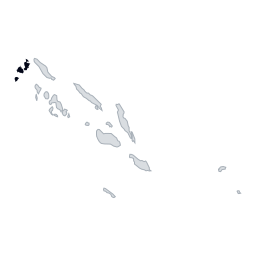 Shortland Islands, Western, Solomon Islands shown in context
{"feature_id": "97153195B13226737525008", "entity_name": "Shortland Islands", "entity_type": "district", "adm_level": 2, "iso_a3": "SLB", "parent_name": "Solomon Islands", "parent_adm1": "Western", "projection": "equal_earth", "projection_center": [155.884, -7.049], "detail": "fine", "context": "in_parent", "style": "filled", "palette": "ink", "viewbox_px": 256, "rotation_deg": 0, "n_neighbors": 0, "source": "geoboundaries", "source_scale": "gbopen_adm2", "svg_char_len": 6838}
<svg xmlns="http://www.w3.org/2000/svg" viewBox="0 0 256 256"><path d="M99.3,129.5L103.6,133.8L105.5,133.4L111.2,133.5L114.6,136.5L116.6,138.0L117.7,140.7L119.1,141.3L119.9,142.7L120.4,145.2L118.3,146.6L117.0,147.0L113.7,146.1L110.5,144.1L104.2,143.9L101.3,143.4L100.3,142.6L99.3,141.6L97.9,139.2L96.7,136.4L96.5,134.8L96.5,131.7L96.8,130.6L98.0,129.4L99.3,129.5ZM119.2,103.9L124.1,111.9L123.9,113.3L123.2,114.2L123.0,116.9L123.6,117.9L125.0,118.4L127.2,121.2L128.2,125.8L129.1,127.4L129.1,130.7L131.3,135.3L131.5,137.5L131.3,138.5L130.4,138.0L127.8,132.7L124.9,130.5L124.5,129.5L121.5,126.4L119.6,121.3L117.4,112.1L118.5,110.0L116.0,105.5L116.2,104.3L117.9,104.5L118.3,104.0L119.2,103.9ZM101.3,107.9L102.0,110.4L99.3,108.2L97.3,105.5L91.5,102.5L90.3,101.0L89.3,100.8L86.3,98.3L83.4,96.7L81.2,93.6L80.1,93.1L78.3,90.7L76.6,89.1L75.9,86.3L74.2,84.3L73.8,83.4L79.3,85.0L81.8,88.1L84.0,89.9L84.8,91.2L86.7,93.0L88.5,93.1L90.2,94.9L91.8,95.4L93.1,96.3L101.2,104.3L100.2,106.4L101.3,107.9ZM138.0,159.2L140.5,160.8L141.9,160.5L144.1,161.6L145.7,161.0L146.7,162.4L149.3,167.8L149.3,169.6L150.9,170.8L149.5,171.0L147.5,170.4L146.0,170.8L144.4,169.8L141.7,169.2L139.4,168.0L134.5,164.0L134.5,162.0L133.7,161.0L133.5,158.5L131.8,157.7L129.7,157.6L129.5,156.4L129.9,154.3L131.5,154.4L133.3,155.2L138.0,159.2ZM54.5,77.7L55.2,78.6L53.6,80.2L51.6,79.3L51.1,78.0L49.7,78.3L46.9,77.5L43.0,73.7L38.9,66.5L34.9,62.5L34.1,61.2L34.0,59.2L34.6,58.4L37.0,59.2L40.2,62.5L45.5,66.0L46.9,67.7L47.8,71.9L48.7,73.1L51.6,76.3L54.5,77.7ZM60.0,102.0L61.2,104.2L62.7,109.1L62.4,110.8L61.4,110.9L61.1,111.9L59.7,109.5L57.9,108.9L56.5,107.5L55.9,102.8L54.9,102.5L51.8,102.9L50.9,104.5L49.5,104.0L49.2,102.6L49.4,101.2L51.2,99.9L51.6,98.1L53.5,95.2L54.6,94.6L56.7,95.7L57.0,100.0L57.8,101.4L60.0,102.0ZM115.3,196.7L113.9,197.6L112.7,197.2L111.7,196.5L110.9,194.4L109.3,193.2L106.9,192.6L105.7,191.3L104.0,190.9L103.5,189.8L103.7,188.7L104.0,188.1L105.5,188.6L112.8,194.0L115.3,196.7ZM38.7,93.5L38.3,93.9L37.6,92.4L37.2,92.0L37.2,90.4L35.2,87.8L35.0,86.0L36.2,84.2L37.7,85.2L39.3,87.4L41.1,88.2L40.7,89.6L39.1,92.3L38.7,93.5ZM48.7,97.8L47.8,98.9L45.7,98.7L44.0,95.9L44.1,93.9L45.4,92.0L46.9,91.7L47.8,92.4L48.6,94.0L48.8,96.0L48.7,97.8ZM66.8,113.8L64.9,115.9L63.4,115.2L62.3,113.4L62.9,110.7L64.0,110.1L64.6,109.1L66.8,109.9L67.3,110.4L66.0,111.8L66.7,112.8L66.8,113.8ZM225.2,169.1L222.0,169.6L220.7,171.6L219.0,171.4L218.5,169.8L218.5,169.0L219.4,169.1L219.9,167.6L220.8,166.9L223.1,166.5L225.8,167.3L225.2,168.7L225.2,169.1ZM134.8,138.9L134.9,142.8L133.4,140.7L132.7,141.4L132.1,140.4L132.3,136.0L131.2,131.7L132.1,132.1L134.8,138.9ZM52.6,114.6L52.6,115.0L51.5,114.3L49.1,110.6L49.5,109.4L51.7,107.1L52.4,106.8L53.0,108.2L52.5,110.4L51.7,110.9L51.4,112.9L52.6,114.6ZM107.6,122.1L109.3,122.4L112.3,126.0L111.6,127.1L110.2,126.5L109.7,126.8L109.3,125.5L107.7,124.5L106.3,124.4L106.2,123.2L107.6,122.1ZM88.2,125.5L85.9,125.2L85.2,124.3L86.0,122.9L87.0,122.1L87.9,122.8L89.0,123.1L89.1,124.8L88.2,125.5ZM21.9,71.4L19.9,72.1L18.6,71.2L19.2,69.2L19.9,68.1L22.4,70.0L21.9,71.4ZM98.1,109.1L97.2,109.5L95.8,108.5L95.2,107.6L95.5,106.2L96.3,105.7L97.2,106.6L97.3,107.6L98.1,109.1ZM240.6,193.2L238.9,193.6L238.2,193.5L237.1,191.2L237.9,190.7L239.2,190.9L239.6,192.2L240.6,193.2ZM57.6,115.8L57.6,116.8L56.5,116.5L53.9,115.1L53.8,114.4L55.3,114.2L56.3,114.4L57.6,115.8ZM37.2,98.1L36.8,100.8L35.7,97.5L36.0,94.8L36.3,94.5L37.2,98.1ZM69.7,116.8L68.2,117.6L67.7,116.5L68.8,113.7L69.7,116.8Z" fill="#d9dde1" stroke="#a8b0b8" stroke-width="1"/><path d="M22.4,70.0L22.3,69.9L22.2,69.7L22.0,69.8L22.0,69.6L21.9,69.5L21.8,69.4L21.7,69.5L21.4,69.4L21.1,69.3L21.0,69.0L20.7,68.9L20.7,68.7L20.6,68.8L20.4,68.8L20.4,68.7L20.2,68.5L20.1,68.1L20.0,68.4L20.0,68.5L19.9,68.5L20.0,68.1L19.9,68.0L20.0,67.9L19.6,67.7L19.4,67.8L19.7,68.3L19.8,68.4L19.5,68.3L19.0,68.4L19.1,68.6L19.2,68.8L19.3,68.9L19.3,69.1L19.2,69.3L19.3,69.5L19.2,69.5L18.7,69.2L18.7,69.3L18.8,69.7L18.8,69.9L18.8,70.0L18.7,70.0L18.8,70.5L18.6,70.4L18.5,70.5L18.4,70.5L18.3,70.8L18.4,71.0L18.5,71.1L19.0,71.0L19.4,71.6L20.0,71.5L20.4,71.9L20.6,71.6L21.1,71.6L21.0,71.4L21.1,71.5L21.1,71.4L21.2,71.5L21.3,71.3L21.4,71.2L21.6,71.3L21.9,71.5L21.8,71.4L22.2,71.3L22.3,71.0L22.3,70.9L22.1,71.0L22.0,70.9L22.3,70.7L22.2,70.4L22.4,70.0ZM27.9,66.9L27.6,66.7L27.2,66.5L27.1,66.1L26.9,66.2L26.8,65.9L26.7,65.7L26.9,65.6L26.8,65.2L26.5,65.0L26.3,65.0L26.2,65.1L26.0,64.9L26.0,64.4L26.1,64.2L26.3,64.0L26.4,63.8L26.5,63.7L26.6,63.8L26.7,63.6L26.8,63.6L26.4,63.5L26.0,63.9L26.0,64.0L25.7,64.4L25.8,64.5L25.7,64.7L25.9,64.8L26.0,65.2L26.0,65.4L26.3,65.5L26.4,65.8L26.6,65.9L26.2,66.1L26.0,66.3L26.1,66.9L26.2,67.0L26.2,67.3L25.9,67.7L25.8,67.9L25.6,68.1L25.6,68.3L25.7,68.5L25.8,68.1L25.9,68.5L26.0,68.6L26.0,68.4L26.2,68.0L26.1,67.7L26.3,67.6L26.4,67.8L26.4,68.0L26.5,68.4L26.8,68.0L26.7,67.7L26.8,67.7L27.1,67.1L27.0,66.9L27.0,66.6L27.2,66.9L27.3,66.9L27.6,66.9L27.9,67.0L27.9,66.9ZM17.6,78.6L17.4,78.6L17.3,78.3L17.1,78.1L17.2,77.9L16.6,77.7L15.9,77.8L15.5,78.2L15.4,78.7L15.5,79.3L16.1,79.5L16.5,79.4L16.6,79.5L17.0,79.3L17.6,78.6ZM25.9,63.0L25.8,62.8L25.6,62.9L25.4,62.8L25.3,63.0L24.9,63.1L25.0,64.0L25.3,63.8L25.6,63.7L25.6,63.4L25.9,63.0ZM22.1,71.9L22.0,71.7L21.9,71.7L21.6,71.6L21.5,71.3L21.0,71.6L21.0,71.9L21.4,72.1L21.6,72.0L21.9,72.1L22.0,72.1L22.1,71.9ZM16.9,79.6L16.6,79.7L16.2,80.1L16.2,79.8L16.0,80.0L16.0,79.8L15.9,80.1L16.3,80.3L16.5,79.9L16.7,80.0L16.8,79.9L16.9,79.6ZM22.7,71.6L22.7,71.2L22.4,71.2L22.1,71.7L22.2,71.8L22.3,71.8L22.4,71.6L22.4,71.4L22.5,71.5L22.7,71.6ZM22.9,71.6L22.8,71.4L22.5,71.8L22.6,72.2L22.8,72.0L22.9,71.6ZM27.9,64.3L27.9,63.8L27.8,63.6L27.6,63.7L27.6,63.9L27.7,64.1L27.8,64.0L27.9,64.3ZM25.7,65.6L25.7,65.2L25.3,65.4L25.5,65.9L25.6,65.6L25.7,65.6ZM27.3,60.7L27.0,60.4L26.9,60.2L26.7,60.1L26.8,60.6L26.9,60.4L26.9,60.5L27.0,60.5L27.1,60.8L27.2,60.7L27.3,60.7ZM28.1,64.8L28.1,64.7L27.8,65.0L27.7,65.4L27.9,65.4L28.0,65.2L28.1,64.8ZM18.3,70.5L18.0,70.5L17.9,70.6L17.9,70.8L18.1,70.6L18.3,70.5ZM25.1,69.3L25.0,69.1L24.8,69.2L24.9,69.4L25.1,69.3ZM26.0,69.1L26.0,68.8L25.9,69.1L26.0,69.1ZM21.5,69.3L21.5,69.1L21.4,69.0L21.5,69.3L21.5,69.3ZM27.0,65.3L26.9,65.0L26.9,65.3L27.0,65.3ZM21.7,69.2L21.6,69.3L21.7,69.2ZM18.5,70.5L18.5,70.4L18.3,70.5L18.5,70.5L18.5,70.5ZM18.2,69.7L18.1,69.8L18.2,69.7ZM17.5,70.0L17.4,69.8L17.4,70.0L17.5,70.0ZM17.6,69.2L17.4,69.2L17.6,69.2ZM22.5,70.8L22.5,70.6L22.4,70.9L22.5,70.8ZM28.6,64.7L28.4,64.8L28.5,64.9L28.6,64.7ZM25.5,67.8L25.4,67.7L25.5,67.8ZM25.3,68.3L25.2,68.4L25.3,68.4L25.3,68.3ZM25.3,68.5L25.2,68.6L25.3,68.5ZM21.4,68.7L21.3,68.8L21.4,68.7ZM21.9,69.2L21.8,69.3L21.9,69.2ZM21.8,69.3L21.7,69.3L21.8,69.3ZM16.2,79.7L16.0,79.8L16.2,79.7ZM16.3,79.8L16.4,79.7L16.3,79.8ZM17.8,69.2L17.8,69.3L17.8,69.2ZM27.7,64.8L27.7,64.7L27.7,64.8L27.7,64.8ZM25.4,69.2L25.3,69.3L25.4,69.2ZM26.2,69.3L26.2,69.2L26.1,69.3L26.2,69.3Z" fill="#0f172a" stroke="#020617" stroke-width="1.5"/></svg>